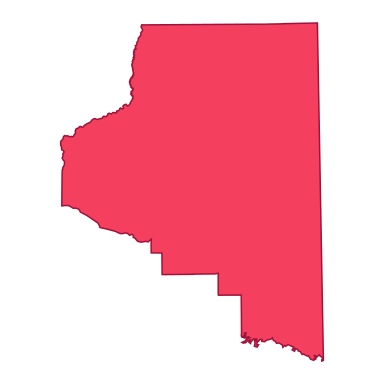 the district of Coconino, Arizona, United States of America
{"feature_id": "52423323B62960071172507", "entity_name": "Coconino", "entity_type": "district", "adm_level": 2, "iso_a3": "USA", "parent_name": "United States of America", "parent_adm1": "Arizona", "projection": "albers", "projection_center": [-112.498, 35.631], "detail": "fine", "context": "isolated", "style": "filled", "palette": "rose", "viewbox_px": 384, "rotation_deg": 0, "n_neighbors": 0, "source": "geoboundaries", "source_scale": "gbopen_adm2", "svg_char_len": 5478}
<svg xmlns="http://www.w3.org/2000/svg" viewBox="0 0 384 384"><path d="M61.8,205.9L65.3,205.5L69.0,205.7L73.3,208.3L75.3,208.1L77.8,208.7L79.4,210.0L80.4,212.1L86.6,215.3L97.6,222.8L99.0,224.8L99.8,227.3L100.7,227.7L107.1,229.1L115.5,231.4L119.8,233.5L121.8,233.7L125.8,232.9L127.6,233.5L129.7,235.3L132.2,234.3L133.4,235.5L133.2,237.4L134.9,238.1L137.6,241.3L141.2,242.2L145.4,241.4L148.1,241.9L151.3,239.2L151.1,244.0L151.2,252.9L161.9,253.0L162.1,274.6L193.6,274.3L195.0,274.1L215.1,273.9L218.2,273.3L218.2,293.4L218.4,295.2L227.7,295.1L241.2,295.1L241.4,315.6L241.5,332.4L241.3,335.9L242.0,337.2L244.7,335.1L244.4,333.0L246.7,332.6L245.5,333.3L245.6,336.3L243.1,337.4L244.1,337.9L246.0,337.9L248.3,336.8L249.8,337.6L246.1,339.6L245.2,340.9L241.9,342.4L243.2,343.1L245.7,342.7L247.0,341.3L250.2,340.0L248.9,342.2L250.6,343.5L251.0,341.5L252.6,340.5L253.5,338.9L256.7,339.0L256.6,341.0L254.7,340.0L254.9,343.5L254.4,346.3L257.1,347.1L258.5,344.8L256.8,344.8L257.4,341.3L258.3,341.5L260.0,339.6L262.0,339.4L261.8,341.4L264.8,341.7L266.6,340.2L271.2,339.0L272.3,337.8L273.4,340.5L275.2,341.2L276.5,343.3L279.0,343.0L282.3,344.9L282.9,347.3L284.7,345.4L285.8,346.3L288.0,344.6L293.8,347.3L292.1,349.9L294.5,351.3L295.2,349.7L294.5,348.5L297.5,349.3L298.2,350.9L300.4,351.7L302.1,354.5L303.4,354.1L307.4,356.1L308.5,355.8L310.5,359.1L313.6,360.3L315.7,359.0L314.5,358.4L316.3,357.5L313.6,355.2L317.2,356.5L319.5,354.8L320.0,356.0L322.3,357.4L322.6,358.4L322.3,358.8L322.2,359.2L321.8,359.7L321.7,359.9L321.8,360.6L321.8,361.0L323.4,360.4L317.4,23.0L286.4,23.6L279.8,23.9L267.8,24.1L265.5,24.2L253.0,24.2L141.6,24.9L141.1,27.1L142.3,29.0L142.5,30.8L140.9,32.5L140.8,35.2L138.3,38.2L138.2,40.6L136.8,42.5L137.0,43.7L136.1,45.6L135.5,45.6L135.7,45.9L135.8,46.3L135.6,46.6L135.5,47.2L135.4,47.6L135.6,48.0L135.5,48.3L135.7,48.5L135.1,48.5L135.1,48.8L135.0,49.3L135.1,49.5L134.7,49.4L134.5,49.6L134.2,49.8L134.1,50.0L134.3,50.2L134.1,50.7L134.1,51.0L134.0,51.3L133.6,51.6L133.8,52.5L134.3,52.6L133.9,53.0L133.6,53.4L133.6,54.1L133.8,54.1L134.0,54.8L134.5,55.0L134.5,55.3L134.2,55.4L134.1,55.2L133.9,55.2L133.9,55.8L134.2,56.4L134.1,56.6L133.8,56.5L133.7,56.7L134.1,57.0L134.3,57.3L133.9,57.4L133.7,57.2L133.3,57.4L133.4,57.7L133.8,58.0L133.9,58.4L133.8,58.5L133.8,58.3L133.5,58.3L133.4,58.6L133.3,58.8L133.7,59.4L133.2,59.5L132.9,59.8L132.8,60.1L133.0,60.3L133.1,60.6L132.9,61.0L132.6,61.1L132.4,61.4L132.6,61.5L132.7,62.1L132.5,62.4L132.6,62.9L132.3,63.4L132.0,63.7L132.2,64.5L131.9,64.7L131.8,65.1L132.1,65.5L132.0,66.1L132.2,66.8L132.7,67.6L132.5,68.0L132.8,68.2L132.8,68.5L132.6,68.8L132.8,69.3L132.8,69.7L133.0,70.1L132.8,70.5L133.0,70.8L133.2,71.2L133.1,71.6L133.2,72.1L133.5,72.4L133.6,72.8L133.3,73.2L133.4,73.6L133.5,73.8L133.4,74.1L133.2,74.1L133.2,74.4L133.4,74.6L133.0,74.9L133.0,75.2L133.1,75.3L132.8,75.4L132.6,75.6L132.7,76.0L132.8,76.2L132.8,76.5L132.6,76.5L132.7,76.8L132.6,77.1L132.2,77.0L132.3,77.5L132.0,77.9L131.2,77.7L131.2,77.9L131.3,77.9L131.4,78.2L131.3,78.4L130.7,78.7L130.6,79.1L130.1,79.5L130.0,80.0L130.4,80.1L130.5,80.3L130.2,80.9L130.2,81.1L129.8,81.2L129.6,81.3L129.5,81.7L129.7,81.9L129.9,81.8L129.6,82.5L129.6,82.9L129.9,83.0L130.1,83.0L130.1,83.3L130.0,83.5L130.0,83.9L130.2,84.1L130.2,84.3L130.0,84.8L130.3,85.2L130.5,85.3L130.7,85.2L130.9,85.4L131.0,85.7L130.9,86.0L131.3,86.4L131.0,86.9L131.3,86.9L131.8,87.2L131.9,87.6L131.7,87.7L131.7,88.0L131.9,88.2L132.2,88.3L132.5,88.2L132.8,88.2L132.8,88.4L133.0,88.5L133.2,88.4L133.3,88.5L133.2,88.8L133.1,88.7L132.9,88.9L133.0,89.4L133.1,89.5L133.0,89.8L132.4,90.1L132.4,90.4L132.6,90.6L132.5,90.9L132.2,91.1L131.9,91.0L131.3,91.3L131.2,91.5L131.1,91.9L131.3,92.1L131.3,92.9L131.0,92.9L131.0,93.2L131.3,93.1L131.8,93.6L131.6,93.9L131.4,94.0L131.1,93.8L130.9,93.8L130.8,94.0L131.1,94.1L131.1,94.4L131.1,94.5L131.4,94.8L131.5,95.3L131.6,95.5L131.8,95.7L132.0,95.5L132.3,95.4L132.6,95.6L132.4,95.9L132.6,96.2L132.8,96.8L133.0,97.1L132.9,97.3L133.1,97.6L133.0,98.0L132.5,98.5L132.3,98.9L132.4,99.1L132.4,99.3L132.4,99.6L132.3,99.9L132.0,100.0L130.5,102.3L130.2,103.4L129.3,104.8L128.2,105.7L127.6,106.0L126.8,105.2L126.4,104.4L126.0,104.3L125.3,104.5L124.6,104.8L123.6,105.2L122.9,106.3L123.5,108.2L122.4,108.9L120.5,108.0L119.7,108.6L119.5,109.6L119.2,110.1L118.4,110.7L116.9,110.9L116.7,111.4L116.7,112.2L116.0,113.1L114.6,112.6L113.7,112.5L112.9,112.6L112.4,113.0L111.5,113.9L110.5,113.7L109.0,113.2L108.3,113.6L108.0,113.8L107.7,114.3L107.4,115.3L106.5,116.1L105.9,116.6L105.2,116.7L104.1,116.2L103.2,116.4L102.5,117.9L101.7,118.3L100.1,118.6L97.6,119.4L96.9,119.4L95.1,118.6L94.4,118.6L93.8,118.8L92.1,119.9L91.4,120.7L90.4,122.2L88.5,123.0L87.5,123.5L86.4,124.0L85.1,124.9L84.2,125.5L83.8,126.3L83.2,126.9L82.0,127.4L81.2,126.6L80.0,126.4L79.2,127.0L79.0,127.4L78.1,128.1L77.0,128.5L75.7,129.3L75.7,129.9L75.2,131.5L75.5,132.9L75.2,133.7L74.5,134.3L74.1,134.9L73.6,135.9L73.4,136.4L72.4,136.8L71.5,136.4L70.7,136.6L70.4,136.8L69.9,136.8L69.6,136.6L68.9,136.4L67.8,135.8L66.1,136.0L64.9,135.5L63.5,136.5L63.2,138.1L62.6,139.5L61.0,141.0L60.7,141.5L60.6,143.6L60.7,145.1L60.8,145.7L61.4,146.7L61.7,147.8L61.5,148.8L61.7,149.6L62.2,150.2L63.5,150.8L63.8,151.1L63.9,151.7L63.8,151.8L63.9,152.5L63.2,153.2L62.8,154.0L63.1,155.4L62.6,157.1L62.2,157.8L62.2,158.4L62.8,159.1L63.2,159.7L63.3,160.3L63.9,160.6L64.6,162.1L64.3,163.8L64.4,164.8L64.2,165.3L63.4,166.5L62.8,167.7L62.8,168.2L62.9,168.7L62.2,169.9L62.3,170.4L62.2,171.7L62.1,172.0L61.8,205.9Z" fill="#f43f5e" stroke="#9f1239" stroke-width="1.5"/></svg>